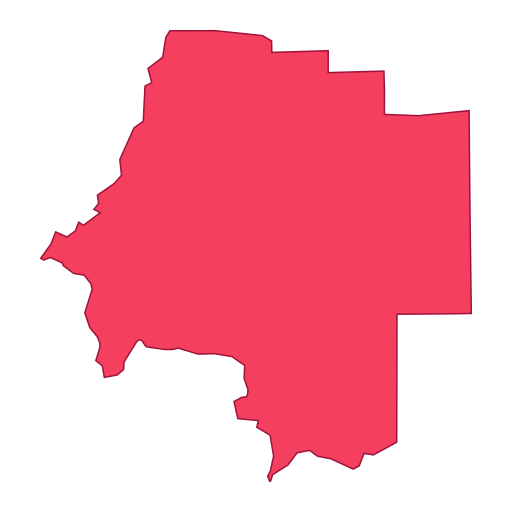 Levy, Florida, United States of America (Equal Earth projection)
{"feature_id": "52423323B45505395463487", "entity_name": "Levy", "entity_type": "district", "adm_level": 2, "iso_a3": "USA", "parent_name": "United States of America", "parent_adm1": "Florida", "projection": "equal_earth", "projection_center": [-82.881, 29.292], "detail": "fine", "context": "isolated", "style": "filled", "palette": "rose", "viewbox_px": 512, "rotation_deg": 0, "n_neighbors": 0, "source": "geoboundaries", "source_scale": "gbopen_adm2", "svg_char_len": 1245}
<svg xmlns="http://www.w3.org/2000/svg" viewBox="0 0 512 512"><path d="M40.7,258.3L43.7,260.0L49.9,257.7L51.8,258.1L62.2,263.0L63.5,265.9L73.7,273.4L84.2,275.2L90.8,283.6L92.2,289.1L84.8,312.9L89.8,327.6L97.5,337.0L99.8,343.3L100.0,347.2L95.8,360.6L102.3,365.8L104.3,377.4L117.2,375.0L123.6,369.5L124.1,361.9L136.6,341.8L139.1,339.8L141.6,340.3L145.9,346.5L148.7,347.2L165.3,349.5L172.6,349.5L178.1,348.1L198.1,354.1L214.5,353.7L232.0,356.6L244.7,365.5L244.1,378.2L248.0,389.7L247.8,392.6L246.7,396.8L242.0,397.2L234.0,401.5L237.8,418.6L258.3,420.6L256.8,427.3L270.1,435.2L273.6,456.1L270.3,471.1L267.7,476.3L269.7,481.3L270.6,481.1L272.6,474.7L288.0,464.9L297.1,452.8L309.6,450.4L317.7,456.3L330.6,458.7L353.2,469.1L359.2,465.9L364.0,453.4L373.4,454.9L396.7,442.2L397.0,314.2L450.5,313.8L471.3,313.5L469.9,203.9L469.1,110.6L418.5,115.7L384.4,114.4L384.5,90.4L383.9,71.1L328.2,72.6L328.2,50.7L271.8,52.4L271.6,41.0L262.5,35.6L215.3,30.7L169.8,30.8L165.8,37.5L162.7,57.2L148.0,68.4L151.7,82.6L145.0,86.1L143.3,121.2L134.0,127.9L119.8,159.6L121.5,175.2L114.2,183.5L97.4,195.2L98.7,203.4L93.8,209.4L100.3,212.7L83.4,225.3L78.7,222.2L75.4,230.8L67.0,237.0L55.7,231.9L50.9,244.1L40.7,258.3Z" fill="#f43f5e" stroke="#9f1239" stroke-width="1.5"/></svg>